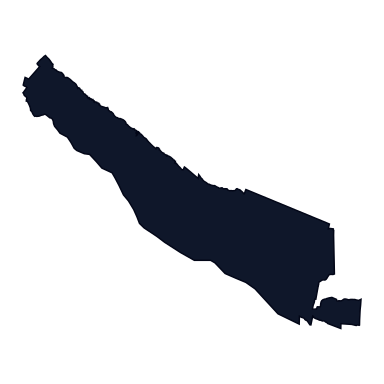 Tifesti, Vrancea, Romania (orthographic projection)
{"feature_id": "2599482B98306126779163", "entity_name": "Tifesti", "entity_type": "district", "adm_level": 2, "iso_a3": "ROU", "parent_name": "Romania", "parent_adm1": "Vrancea", "projection": "orthographic", "projection_center": [27.087, 45.862], "detail": "fine", "context": "isolated", "style": "filled", "palette": "ink", "viewbox_px": 384, "rotation_deg": 0, "n_neighbors": 0, "source": "geoboundaries", "source_scale": "gbopen_adm2", "svg_char_len": 5713}
<svg xmlns="http://www.w3.org/2000/svg" viewBox="0 0 384 384"><path d="M299.2,324.1L299.4,316.2L300.1,316.6L301.5,317.3L303.4,317.9L304.1,318.3L304.5,318.7L304.9,319.5L305.9,320.2L307.2,320.8L309.9,324.8L310.9,324.9L312.7,316.0L313.4,316.4L313.5,317.4L315.7,318.6L318.3,319.5L319.3,320.1L320.8,320.3L322.4,321.0L323.3,320.8L324.7,321.1L325.5,322.0L326.6,322.3L327.7,323.5L340.8,328.5L340.9,323.7L351.6,324.4L356.2,325.5L357.7,324.9L359.2,325.3L359.5,325.1L359.6,320.2L360.1,309.9L360.6,305.2L361.0,299.3L358.7,300.4L356.5,300.0L354.9,299.5L350.8,299.4L348.7,299.8L346.5,299.2L345.5,299.0L344.4,299.0L343.8,299.2L342.3,300.3L341.7,300.7L340.3,300.9L338.8,300.7L338.6,300.8L338.6,301.1L337.9,301.1L336.7,300.7L336.5,299.4L331.9,297.4L329.1,297.9L326.6,298.6L326.6,298.8L325.5,299.1L324.9,299.1L323.0,299.7L321.7,300.8L321.1,301.9L320.7,303.7L320.5,306.0L320.1,306.8L319.7,306.9L317.3,306.8L317.0,307.3L316.8,308.8L316.3,308.8L316.3,309.2L312.5,309.1L312.5,308.7L312.8,307.1L313.4,304.2L313.7,304.0L314.4,301.8L314.4,301.3L314.6,300.0L314.7,299.1L315.8,299.2L318.1,286.5L318.2,286.4L318.4,285.1L318.6,284.6L318.7,283.2L319.0,282.1L319.1,281.9L319.7,281.7L322.0,280.2L322.9,279.9L324.9,280.0L325.4,279.8L326.2,279.2L326.8,278.2L327.1,278.0L327.8,276.6L328.3,276.0L328.9,275.1L329.2,274.6L329.5,274.5L331.7,274.4L333.0,274.5L334.4,274.0L333.6,235.3L333.7,230.4L333.3,230.3L333.3,228.9L330.5,228.5L329.6,228.5L328.9,228.8L328.3,228.9L329.4,224.0L245.9,189.5L245.3,190.9L245.0,192.0L244.3,193.7L244.0,193.9L243.0,192.7L241.8,191.5L240.8,190.7L240.3,190.1L239.2,189.6L237.9,189.2L237.2,188.7L236.5,188.8L235.9,189.5L235.5,190.3L235.0,190.5L232.6,190.8L231.4,190.6L229.4,190.7L228.7,190.4L227.9,190.0L227.0,188.8L224.8,188.7L223.9,188.9L223.2,188.7L222.1,187.8L221.3,187.9L219.1,188.3L218.9,188.1L218.4,187.6L217.8,187.4L216.4,186.7L214.7,185.6L213.0,185.6L210.6,185.0L209.4,184.3L208.6,184.3L206.8,183.2L206.7,182.9L206.0,182.5L205.8,182.3L204.7,181.7L203.7,181.0L202.6,179.8L202.4,179.2L202.0,178.9L200.9,177.8L199.8,176.0L198.7,174.6L198.1,178.4L187.5,169.4L185.3,167.6L184.4,167.0L183.3,169.5L183.0,169.8L182.0,169.7L181.2,169.0L180.0,167.5L178.5,166.1L176.8,163.9L176.3,163.5L175.8,163.5L175.7,163.4L175.9,163.0L175.5,162.3L175.3,162.1L174.8,162.5L174.9,162.0L175.3,161.3L174.7,161.1L174.3,160.2L173.1,159.8L172.8,159.0L172.2,158.5L171.7,158.2L171.4,157.9L170.8,157.3L169.1,156.3L168.3,156.1L167.6,155.6L166.6,156.0L166.6,155.8L166.9,155.3L166.8,155.1L166.2,155.0L165.3,154.7L164.0,153.8L163.9,153.4L163.3,153.5L163.2,153.3L163.2,153.0L161.8,152.3L159.9,150.2L159.4,149.9L159.6,149.6L159.5,149.2L158.9,148.6L158.8,148.2L158.4,147.9L157.9,147.7L156.7,147.5L156.1,148.7L156.0,148.9L155.9,148.8L155.1,147.9L153.5,146.8L150.8,144.2L150.3,143.6L148.6,142.0L148.3,141.4L147.6,141.1L147.4,140.5L146.4,139.1L145.9,138.6L143.6,137.2L143.0,136.3L141.2,134.3L140.1,133.9L139.8,133.1L139.0,132.4L138.5,131.7L138.2,131.6L138.1,132.0L138.2,132.5L137.8,133.8L137.4,134.6L136.9,135.3L136.5,135.6L136.3,135.7L136.3,135.3L136.5,134.7L137.0,134.1L137.1,133.6L136.9,133.1L136.2,133.3L135.9,133.2L135.8,132.9L136.8,131.7L137.0,131.4L137.0,131.2L136.1,130.4L134.8,130.0L134.8,129.5L134.7,129.4L134.0,128.7L133.8,128.7L133.4,129.1L133.2,129.0L132.4,128.7L131.6,128.1L130.7,128.0L130.2,127.4L128.6,126.1L127.5,124.8L127.0,124.4L126.1,124.1L126.0,123.1L125.5,122.0L124.6,120.9L123.2,119.8L120.4,118.6L119.8,118.5L118.9,118.7L118.7,118.6L118.1,118.1L117.4,117.7L115.8,117.2L115.0,116.4L114.1,115.4L113.1,113.5L111.3,111.8L110.5,112.0L110.1,111.4L108.7,110.4L108.4,110.1L108.1,108.7L107.7,107.7L107.3,108.1L106.5,107.7L105.1,107.7L104.5,107.3L101.2,106.3L100.1,105.6L99.8,105.0L99.2,105.0L99.1,104.6L99.4,104.2L98.9,103.9L98.9,103.4L98.1,103.0L96.8,102.9L96.6,102.7L96.7,102.2L96.2,102.1L96.0,102.3L95.4,102.0L95.0,102.2L95.0,101.7L94.5,101.4L94.0,101.6L94.1,100.8L93.1,100.2L92.9,99.5L92.7,99.5L92.3,99.9L91.7,99.8L91.4,99.0L90.7,98.7L90.1,99.3L89.8,99.3L89.8,98.9L89.9,98.3L89.0,97.5L88.6,97.8L88.6,98.6L88.3,98.6L87.9,98.0L87.8,97.6L87.4,97.5L87.3,97.4L87.5,96.9L87.5,96.3L86.8,96.1L86.5,95.5L86.1,95.5L85.8,95.1L85.3,94.9L85.2,94.7L85.2,94.3L83.6,93.6L83.3,93.0L83.0,92.3L82.8,92.1L82.8,91.6L82.2,91.2L81.8,91.1L81.6,90.8L81.6,90.4L81.2,90.5L80.9,90.4L80.6,89.6L80.2,89.3L79.5,88.1L79.1,88.0L78.8,88.1L78.5,87.8L78.1,87.6L77.6,88.3L77.5,88.1L77.4,87.1L76.1,84.5L75.7,84.0L74.4,82.9L72.6,81.7L70.3,79.5L67.8,77.7L66.8,77.4L66.4,77.6L66.0,77.5L65.2,77.6L63.8,76.5L63.2,75.9L63.9,75.4L63.8,75.2L63.2,74.5L62.6,73.6L61.4,72.5L60.7,72.4L59.1,72.0L57.7,71.4L57.1,71.1L56.2,70.1L55.9,69.9L55.5,69.9L54.9,69.6L54.1,68.8L53.3,68.4L52.8,68.3L52.3,68.4L52.1,68.1L52.8,66.8L52.9,65.9L52.6,65.3L52.6,65.1L53.0,64.3L52.0,63.5L50.5,61.2L48.9,59.1L46.9,57.2L45.5,55.5L44.1,56.4L42.2,58.3L40.6,59.6L37.4,63.1L37.1,63.6L37.1,63.8L37.7,64.6L38.2,65.2L39.7,66.5L39.1,67.0L38.6,67.8L28.6,79.2L27.3,78.4L25.1,77.4L23.2,85.1L23.6,85.5L24.6,86.1L26.0,86.7L26.9,87.5L23.4,92.4L23.0,92.8L23.8,93.9L24.0,94.9L24.2,95.1L24.7,95.8L25.6,96.4L26.7,97.6L26.8,98.8L26.4,99.6L26.3,101.1L27.1,101.2L27.8,102.0L29.2,104.9L30.1,107.2L30.5,108.7L30.6,110.4L31.9,111.8L32.9,114.0L33.9,115.5L34.7,116.3L35.1,116.1L36.8,116.4L39.3,116.1L41.2,115.3L43.4,114.8L44.5,114.2L45.5,114.4L47.0,115.5L49.8,117.8L51.6,118.2L52.4,119.2L53.2,120.9L53.6,123.7L54.6,126.3L57.8,130.1L60.0,133.2L67.4,137.1L71.0,142.5L74.2,148.3L76.8,150.5L84.3,153.7L89.6,154.4L96.5,161.8L101.9,168.1L112.1,172.8L115.1,178.0L119.0,185.4L123.5,194.9L128.5,200.9L133.7,209.5L137.0,216.9L139.5,223.4L144.1,227.9L156.6,236.2L164.8,242.4L180.5,252.5L194.3,260.3L210.6,260.3L214.9,262.8L225.1,273.5L236.1,278.3L245.9,282.4L255.0,288.8L278.0,313.8L299.2,324.1Z" fill="#0f172a" stroke="#020617" stroke-width="1.5"/></svg>